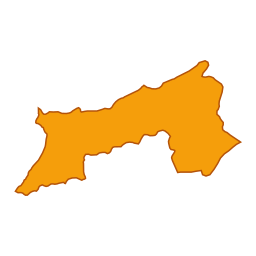 the Region of Souss - Massa - Draâ
{"feature_id": "MAR-1455", "entity_name": "Souss - Massa - Draâ", "entity_type": "Region", "adm_level": 1, "iso_a3": "MAR", "parent_name": "Morocco", "parent_adm1": "", "projection": "mercator", "projection_center": [-8.042, 30.523], "detail": "fine", "context": "isolated", "style": "filled", "palette": "amber", "viewbox_px": 256, "rotation_deg": 0, "n_neighbors": 0, "source": "natural_earth", "source_scale": "10m", "svg_char_len": 3046}
<svg xmlns="http://www.w3.org/2000/svg" viewBox="0 0 256 256"><path d="M240.6,142.1L236.4,144.4L233.1,147.0L228.6,150.9L224.4,153.8L220.5,158.0L217.7,163.4L214.1,169.2L209.9,174.7L206.0,176.0L202.6,174.7L201.2,170.5L196.2,171.2L191.4,172.1L186.4,172.1L180.5,172.1L177.7,172.5L172.4,160.5L171.6,157.8L172.0,156.2L174.7,151.8L174.8,150.5L173.3,149.9L171.0,149.5L169.8,147.9L168.7,143.3L168.5,141.3L169.6,137.9L170.4,136.4L168.1,133.4L165.0,131.0L162.8,130.2L159.5,131.0L157.7,131.8L156.4,134.1L155.0,135.3L153.0,135.6L150.0,135.7L147.4,134.7L144.3,134.6L142.7,136.3L141.0,139.2L139.8,141.8L138.4,143.9L134.2,143.1L132.7,142.4L131.2,142.3L129.8,142.1L126.3,142.6L124.3,143.8L122.5,145.1L121.0,146.7L114.5,146.8L112.7,147.4L111.5,149.2L110.6,151.5L109.2,152.9L107.4,153.6L105.2,152.4L102.7,152.4L99.4,152.9L96.7,154.8L90.9,155.1L88.4,154.2L85.6,154.4L84.5,156.1L83.9,157.5L84.0,158.9L84.5,159.9L83.6,161.1L83.3,162.3L83.5,163.6L83.6,171.9L84.2,174.6L85.3,177.0L85.5,178.4L84.6,179.1L83.2,179.4L81.8,180.2L76.4,177.8L72.1,178.0L68.3,179.2L66.4,181.4L65.4,183.5L64.6,183.3L63.8,182.4L62.6,182.5L59.1,183.2L57.0,183.9L54.8,184.2L52.8,183.9L51.0,184.0L48.0,186.0L46.1,186.4L44.2,185.8L42.3,184.9L39.9,185.9L38.8,187.2L38.2,189.1L36.5,191.1L34.4,190.8L32.4,191.4L30.4,192.4L27.4,195.1L25.5,195.2L23.9,194.2L23.0,193.3L21.8,192.8L20.8,192.6L18.0,192.7L15.4,191.3L17.4,188.2L18.5,186.9L19.2,186.3L20.8,185.7L21.4,185.0L22.4,183.5L23.4,182.2L23.8,181.3L24.0,180.5L24.2,180.1L25.7,179.1L25.8,178.8L26.2,177.8L27.9,175.3L28.1,174.8L28.2,173.8L28.4,172.8L28.8,171.9L29.2,171.2L31.1,169.4L31.4,168.8L31.7,168.1L33.3,165.8L38.5,160.2L42.6,152.9L45.1,146.9L45.5,145.1L46.2,139.2L46.9,136.2L47.0,135.2L46.9,134.0L46.4,133.4L45.8,133.0L45.1,132.2L44.7,131.5L43.7,129.1L43.3,127.6L43.0,127.4L42.6,127.3L42.1,127.1L41.7,126.8L41.0,125.5L38.2,123.6L37.3,123.5L36.4,123.3L35.8,122.7L35.9,120.9L36.7,119.1L37.8,117.5L38.5,116.0L38.8,114.9L38.8,114.3L38.7,113.9L38.4,113.5L38.4,113.2L38.5,112.8L38.5,112.3L38.4,108.1L40.6,109.7L42.3,112.7L43.7,114.2L45.6,114.2L47.9,113.0L49.4,111.8L53.4,112.0L58.1,111.8L61.9,113.4L66.4,113.5L69.4,113.0L71.2,112.2L72.8,110.8L76.9,108.3L78.6,107.7L79.7,108.5L80.4,109.6L80.6,111.2L81.3,112.0L82.3,111.9L84.6,111.4L87.5,111.0L97.0,111.0L102.5,109.3L104.8,108.4L108.1,108.9L110.0,108.8L111.8,107.4L113.6,104.4L115.8,101.8L118.4,99.7L121.2,98.3L123.1,97.9L124.7,96.8L138.3,90.3L140.7,88.4L142.0,86.8L143.2,86.0L143.9,85.3L145.6,86.4L147.0,87.4L149.5,87.9L152.1,88.8L155.8,88.9L159.3,87.9L161.5,86.1L163.3,83.1L172.2,79.4L174.2,78.9L176.8,77.2L189.2,71.0L197.0,65.5L199.2,62.6L205.1,60.8L207.9,62.3L208.6,65.2L206.6,68.8L202.9,73.2L202.0,76.4L203.7,77.0L205.8,77.1L208.8,76.4L210.9,76.8L213.3,77.8L215.2,79.8L221.4,84.1L222.9,87.0L222.1,92.2L219.3,101.1L219.0,104.0L219.3,106.3L218.1,109.6L217.1,110.6L216.9,112.3L217.0,114.5L218.2,115.4L219.6,116.9L220.3,118.7L221.7,120.7L223.2,122.4L223.2,124.8L222.4,126.8L222.7,129.7L225.0,131.7L227.0,132.5L230.2,135.1L234.5,138.0L240.6,142.1Z" fill="#f59e0b" stroke="#b45309" stroke-width="1.5"/></svg>